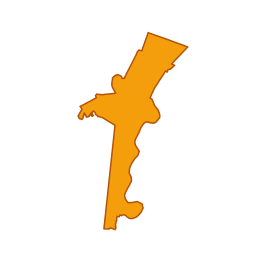 Salas pag., Babites, Latvia (Albers equal-area conic projection), rotated 119°
{"feature_id": "27541924B71610578089497", "entity_name": "Salas pag.", "entity_type": "district", "adm_level": 2, "iso_a3": "LVA", "parent_name": "Latvia", "parent_adm1": "Babites", "projection": "albers", "projection_center": [23.659, 56.92], "detail": "fine", "context": "isolated", "style": "filled", "palette": "amber", "viewbox_px": 256, "rotation_deg": 119, "n_neighbors": 0, "source": "geoboundaries", "source_scale": "gbopen_adm2", "svg_char_len": 4567}
<svg xmlns="http://www.w3.org/2000/svg" viewBox="0 0 256 256"><g transform="rotate(119 128 128)"><path d="M223.2,90.5L223.2,90.1L222.3,90.0L220.9,90.3L220.5,90.5L220.3,91.3L218.8,91.7L218.3,92.2L218.2,92.4L216.9,92.5L215.7,93.0L214.4,93.0L214.2,93.5L213.7,93.6L212.8,93.8L211.9,94.3L211.2,94.6L210.8,94.2L210.5,94.5L210.4,93.9L210.2,93.5L210.2,93.4L209.9,93.0L209.8,92.8L209.8,92.7L209.5,92.7L209.3,92.8L208.8,92.8L208.3,92.9L207.9,92.7L207.8,92.2L207.8,91.1L207.0,90.7L206.3,90.1L205.9,89.3L205.7,88.2L205.7,87.8L205.9,86.8L206.2,85.3L206.4,83.6L206.4,83.1L206.2,82.5L205.5,81.0L205.2,80.5L204.2,79.5L203.1,78.5L202.6,78.1L201.4,77.3L200.8,77.1L198.8,76.4L194.8,75.7L190.7,76.0L187.6,78.9L187.8,84.2L191.4,88.6L193.3,91.8L191.4,95.9L188.4,98.5L186.1,98.8L185.3,98.9L183.7,99.1L176.1,99.1L175.0,99.2L172.5,99.3L169.1,101.7L166.7,105.3L162.5,107.0L162.3,107.1L157.8,107.7L151.3,107.2L147.3,106.1L143.0,106.8L139.9,112.3L139.4,113.2L137.5,114.9L136.1,115.6L133.4,116.1L127.3,116.2L120.9,116.9L120.3,116.8L116.2,116.4L114.3,115.4L113.6,114.5L112.8,112.1L112.7,110.9L112.3,110.1L112.1,109.7L111.9,109.2L111.6,108.5L111.4,108.1L111.0,107.5L110.6,107.2L110.0,106.8L109.5,106.5L108.9,106.3L108.7,106.2L106.9,105.9L106.4,105.8L105.2,105.6L104.7,105.5L103.6,105.4L103.3,105.4L103.1,105.5L102.0,106.0L101.6,106.3L100.7,107.0L100.3,107.4L99.4,108.3L99.0,108.8L98.7,109.1L98.4,109.5L98.1,109.9L97.8,110.3L97.4,110.9L97.1,111.5L96.8,112.3L96.7,112.8L96.3,113.8L96.1,114.3L95.6,115.3L95.3,115.7L94.7,116.6L94.4,117.0L93.5,118.1L91.2,120.9L91.1,123.2L89.3,123.4L86.5,123.7L85.9,123.8L85.1,123.8L84.7,123.8L83.5,123.9L82.2,124.0L81.7,124.0L81.2,124.1L80.6,124.1L79.6,124.2L78.2,124.0L76.8,123.9L76.1,123.8L74.8,123.8L72.7,123.6L72.2,123.6L71.4,123.6L69.6,123.4L67.9,123.3L66.6,123.2L65.2,123.1L63.7,123.0L62.5,122.9L61.0,122.8L59.9,122.7L60.1,121.2L60.1,120.9L58.7,121.0L57.6,121.2L57.4,121.2L56.9,120.6L56.3,119.9L55.8,119.7L55.8,119.3L53.9,118.7L51.7,118.0L50.7,117.7L50.7,117.8L50.7,118.5L50.7,119.8L50.8,120.5L50.8,120.8L48.8,120.4L47.5,120.0L46.4,119.8L43.4,119.0L40.4,118.2L37.8,117.6L35.2,116.9L34.1,116.6L31.5,115.9L28.3,115.1L28.2,115.4L28.3,115.8L28.5,117.3L28.9,120.0L29.0,120.9L29.4,123.1L29.6,124.5L29.7,125.0L30.1,127.5L30.5,130.1L30.7,131.6L30.8,132.0L30.9,132.6L31.0,133.4L31.0,133.5L31.2,134.9L31.4,136.0L31.7,138.2L32.0,139.7L32.2,140.7L32.4,142.1L33.1,145.9L33.5,148.1L33.7,149.4L33.9,150.8L34.2,152.5L34.9,156.6L39.1,155.8L40.4,155.6L44.4,155.0L45.8,154.7L49.5,154.1L50.5,154.0L50.9,153.9L51.3,153.8L53.8,153.3L54.5,156.2L56.5,156.8L60.9,156.3L61.6,156.3L64.8,156.2L72.7,155.9L77.2,155.8L84.9,155.5L85.1,155.3L85.3,155.5L85.8,155.5L86.3,155.5L86.4,155.4L87.5,157.2L86.0,158.7L86.0,159.2L86.0,159.3L86.0,159.7L86.1,160.2L86.1,160.4L86.1,160.8L86.2,161.6L86.2,162.4L86.3,162.9L86.7,163.1L87.3,163.5L87.6,163.7L88.3,164.0L88.3,164.4L88.1,164.5L89.2,165.1L90.1,165.4L91.8,165.9L92.5,165.3L94.1,164.8L95.6,164.3L97.0,163.6L98.4,162.9L99.9,161.4L100.8,160.2L101.7,158.7L102.5,157.2L103.4,155.8L104.1,156.6L104.3,156.8L104.6,156.8L104.6,157.1L107.0,160.5L107.5,161.1L107.9,161.7L108.4,162.4L108.8,163.0L109.3,163.7L109.3,163.8L109.6,164.2L109.7,164.3L110.0,164.7L110.2,165.1L110.9,165.9L111.5,167.0L111.7,167.3L112.3,168.8L112.7,169.6L113.5,171.8L115.4,172.1L115.5,172.1L116.9,170.4L118.1,171.1L119.5,172.0L120.1,172.4L121.6,173.3L122.9,174.1L124.3,175.1L125.2,175.7L126.2,176.3L128.4,177.7L130.5,179.1L131.1,179.5L131.3,179.6L132.3,180.3L133.0,178.9L133.6,178.0L133.8,177.6L134.1,177.1L134.2,176.8L134.2,177.0L134.3,177.1L134.4,177.3L134.6,177.4L135.1,177.4L136.3,177.4L137.0,177.4L138.0,177.4L140.4,177.4L140.9,177.4L141.7,177.4L141.8,177.4L143.2,175.4L143.3,174.7L143.1,174.7L142.8,172.4L142.1,172.2L141.5,172.3L140.7,172.3L140.2,172.6L139.6,172.7L138.9,172.7L138.9,172.8L138.6,172.9L138.4,173.0L137.9,173.1L137.5,173.2L136.6,173.5L136.4,173.5L136.2,173.4L136.6,172.7L137.8,170.7L138.6,169.5L137.3,168.2L136.5,167.5L135.6,168.0L134.5,167.8L134.4,167.5L134.7,167.0L134.8,166.0L135.0,165.5L134.9,164.7L133.8,164.5L133.9,165.0L134.1,165.1L134.2,165.8L133.2,165.6L132.9,166.6L134.1,166.9L134.0,167.6L131.6,167.1L131.6,166.7L131.3,166.6L131.2,166.9L130.0,166.6L130.0,165.9L130.2,164.8L130.5,164.3L130.8,163.9L131.8,162.8L131.9,162.7L132.0,161.9L132.1,160.2L132.5,160.0L132.3,159.8L132.3,159.7L132.0,158.2L131.7,157.2L131.4,155.7L131.3,155.4L131.9,140.7L227.8,100.2L227.6,99.5L226.0,96.6L225.9,96.3L225.7,96.0L225.5,95.6L225.3,95.4L225.0,95.2L224.7,95.1L224.2,95.1L223.9,95.0L223.8,94.6L223.4,92.1L223.2,90.5Z" fill="#f59e0b" stroke="#b45309" stroke-width="1.5"/></g></svg>